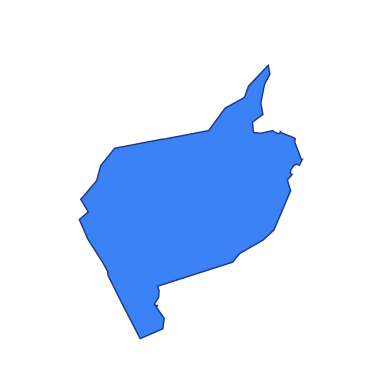 Agia Marina Chrysochous, Paphos, Cyprus, rotated 309°
{"feature_id": "46923920B44932940301166", "entity_name": "Agia Marina Chrysochous", "entity_type": "district", "adm_level": 2, "iso_a3": "CYP", "parent_name": "Cyprus", "parent_adm1": "Paphos", "projection": "mercator", "projection_center": [32.543, 35.118], "detail": "fine", "context": "isolated", "style": "filled", "palette": "blue", "viewbox_px": 384, "rotation_deg": 309, "n_neighbors": 0, "source": "geoboundaries", "source_scale": "gbopen_adm2", "svg_char_len": 911}
<svg xmlns="http://www.w3.org/2000/svg" viewBox="0 0 384 384"><g transform="rotate(309 192 192)"><path d="M338.5,171.5L310.0,169.3L298.5,173.3L278.2,165.0L250.2,166.3L213.5,135.3L213.8,135.2L177.4,104.4L155.1,104.5L140.8,110.8L119.9,110.4L116.4,110.1L116.2,110.4L111.3,124.0L99.7,121.8L89.8,140.9L81.2,166.7L77.1,176.6L74.5,179.0L62.0,206.3L45.5,244.0L67.4,255.4L76.3,249.8L80.3,236.1L82.5,236.8L80.8,235.1L81.1,233.3L89.0,232.4L94.7,228.4L97.1,224.5L163.1,267.7L174.1,267.7L199.6,277.5L213.9,279.6L254.9,267.9L261.4,258.5L268.5,258.8L268.3,256.7L271.4,254.9L276.3,254.4L279.2,255.6L280.5,258.6L286.3,257.3L285.8,257.1L295.4,240.4L298.4,238.7L298.1,236.5L294.4,224.5L294.5,222.7L293.6,223.3L292.2,223.0L290.8,220.0L290.4,216.0L281.0,208.6L276.8,202.3L284.4,195.0L296.9,198.3L304.4,189.5L321.2,180.6L332.6,178.4L338.0,172.0L338.4,171.7L338.5,171.5Z" fill="#3b82f6" stroke="#1e3a8a" stroke-width="1.5"/></g></svg>